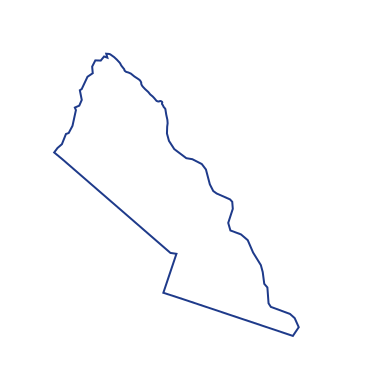 the district of Charles Mix, South Dakota, United States of America, rotated 198°
{"feature_id": "52423323B18286734476432", "entity_name": "Charles Mix", "entity_type": "district", "adm_level": 2, "iso_a3": "USA", "parent_name": "United States of America", "parent_adm1": "South Dakota", "projection": "orthographic", "projection_center": [-98.482, 43.168], "detail": "fine", "context": "isolated", "style": "outline", "palette": "blue", "viewbox_px": 384, "rotation_deg": 198, "n_neighbors": 0, "source": "geoboundaries", "source_scale": "gbopen_adm2", "svg_char_len": 1389}
<svg xmlns="http://www.w3.org/2000/svg" viewBox="0 0 384 384"><g transform="rotate(198 192 192)"><path d="M167.6,87.3L51.6,86.3L48.7,96.4L55.4,103.8L61.1,106.3L81.5,107.1L84.8,109.8L90.8,124.5L94.9,127.0L100.0,137.7L103.9,143.7L115.2,153.3L124.1,163.4L132.3,166.8L143.6,167.3L148.0,173.8L148.0,188.6L150.7,195.1L153.5,196.7L168.1,198.2L172.1,199.5L177.4,204.8L185.7,217.7L191.3,221.6L201.8,223.3L207.9,222.4L222.1,227.3L229.7,233.5L233.9,239.9L235.8,246.5L236.4,249.8L237.7,253.0L240.4,257.6L243.0,262.7L244.4,263.7L245.1,264.0L246.6,265.6L247.5,266.2L247.8,266.6L248.0,268.1L248.4,268.5L249.5,268.8L250.0,268.8L250.7,268.5L251.5,267.8L252.6,267.6L253.9,267.7L256.9,269.6L258.9,270.7L261.9,271.9L264.5,273.6L268.5,275.4L271.2,276.9L272.1,277.5L273.2,278.5L273.7,279.2L274.2,280.5L274.5,280.8L275.1,281.4L276.0,282.1L277.5,282.7L279.7,283.3L282.6,284.1L286.7,285.7L289.4,286.0L291.7,285.9L293.2,286.4L293.7,286.7L294.4,287.8L297.9,290.1L299.1,291.1L299.7,291.8L300.7,292.6L304.3,294.6L307.7,296.2L312.1,297.6L312.9,297.7L313.9,297.6L316.3,297.0L314.0,293.6L317.5,293.7L319.4,288.8L324.6,287.3L325.7,280.4L323.1,274.3L327.0,269.3L328.7,255.8L330.1,254.1L325.3,245.5L325.9,239.3L329.5,236.1L327.7,234.0L326.1,218.0L327.5,210.0L329.8,208.2L330.5,197.3L333.5,192.3L335.3,187.0L325.9,183.3L193.7,127.4L187.7,128.4L188.1,87.3L167.6,87.3Z" fill="none" stroke="#1e3a8a" stroke-width="2"/></g></svg>